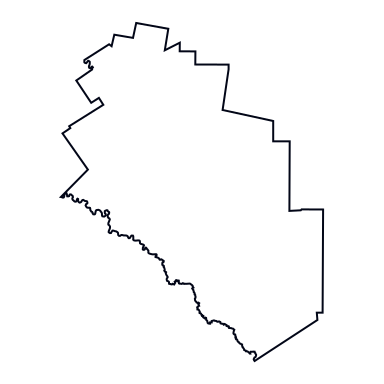 Salavina, Santiago del Estero, Argentina
{"feature_id": "61730980B95866867056524", "entity_name": "Salavina", "entity_type": "district", "adm_level": 2, "iso_a3": "ARG", "parent_name": "Argentina", "parent_adm1": "Santiago del Estero", "projection": "albers", "projection_center": [-63.402, -28.927], "detail": "fine", "context": "isolated", "style": "outline", "palette": "ink", "viewbox_px": 384, "rotation_deg": 0, "n_neighbors": 0, "source": "geoboundaries", "source_scale": "gbopen_adm2", "svg_char_len": 5968}
<svg xmlns="http://www.w3.org/2000/svg" viewBox="0 0 384 384"><path d="M84.4,60.0L84.3,61.1L84.4,62.4L85.2,63.0L86.2,63.2L87.0,62.3L87.5,61.4L88.2,60.8L89.0,61.1L89.7,61.7L89.8,63.0L89.6,64.7L89.1,65.6L88.9,66.9L89.2,67.8L90.1,68.2L90.9,68.0L91.5,66.8L92.3,66.6L92.9,67.4L92.0,68.5L92.1,69.5L76.3,80.5L91.2,102.8L98.9,97.9L103.3,104.8L69.2,126.2L70.3,128.1L62.5,133.4L87.9,169.6L60.9,197.0L61.9,197.2L62.4,197.5L63.6,197.5L64.0,197.0L64.2,196.5L64.3,195.4L64.9,193.6L65.4,193.0L66.0,193.0L66.6,193.3L66.7,194.0L67.0,194.9L67.2,196.3L68.1,196.4L68.6,196.3L69.1,196.1L69.2,195.5L69.6,194.7L70.0,194.4L70.9,194.4L71.3,194.7L71.7,195.3L72.4,195.6L72.8,196.2L72.9,197.4L72.4,198.1L72.3,198.9L72.8,199.9L73.5,200.4L74.2,201.2L75.1,201.7L76.0,201.6L76.5,201.1L76.8,200.2L77.0,199.2L77.5,198.7L78.1,199.0L78.1,200.8L78.5,201.8L78.8,202.1L79.5,202.6L80.4,202.4L81.2,201.9L82.1,200.4L82.6,200.0L83.4,199.9L84.3,200.6L85.0,201.0L86.8,201.2L87.3,202.0L87.4,202.5L87.4,203.2L87.1,203.6L86.4,203.9L86.0,204.3L85.6,205.5L86.2,206.6L86.8,207.4L88.1,207.8L89.3,207.7L90.0,207.9L90.3,209.0L90.3,210.0L91.3,211.6L92.1,211.9L92.6,212.6L92.6,213.4L93.3,214.3L94.3,214.4L94.9,214.2L95.3,213.5L95.4,212.5L95.6,211.8L95.7,211.1L96.4,210.1L98.3,209.8L99.0,210.0L99.8,210.4L100.5,211.0L100.7,211.5L101.6,212.5L101.9,213.3L102.0,215.3L102.4,216.3L104.1,216.6L104.8,216.2L105.3,215.8L105.7,215.2L105.7,214.5L105.6,213.9L105.0,213.4L104.8,212.6L104.8,211.1L105.2,210.8L106.7,210.2L107.4,210.3L107.6,210.9L108.4,211.7L109.1,212.1L109.2,212.8L108.9,213.9L108.2,214.4L107.7,215.2L107.7,216.1L107.9,217.1L108.5,218.0L109.2,218.3L109.6,218.8L109.8,219.5L108.4,223.0L108.3,224.3L108.5,224.8L109.2,225.2L109.6,225.8L110.0,226.5L110.0,227.9L109.6,229.2L109.2,230.0L108.7,231.3L108.7,232.2L109.3,232.7L110.0,233.1L111.0,233.0L111.5,232.0L112.5,230.6L113.3,230.6L115.1,231.2L116.0,231.3L117.5,232.2L118.0,232.9L118.2,235.0L119.1,235.9L120.0,235.9L121.3,235.0L122.7,235.1L123.4,235.4L126.2,235.5L126.9,235.7L127.7,236.3L128.2,237.5L128.6,238.1L129.6,238.1L130.0,237.8L130.8,236.4L131.5,235.6L132.9,235.6L133.2,236.1L133.3,236.8L133.3,238.7L133.2,239.5L133.6,240.2L134.5,240.5L135.2,240.6L135.9,240.6L138.1,240.4L139.3,240.5L139.7,240.8L139.9,241.5L140.0,243.2L140.6,243.8L143.0,244.5L143.7,244.9L144.0,245.3L143.7,246.0L143.4,246.4L143.2,247.1L142.9,247.7L142.8,249.4L143.2,249.8L144.0,249.8L144.5,249.6L144.9,249.1L145.1,248.4L145.4,247.7L145.9,247.6L146.4,248.0L146.7,248.8L147.3,249.2L148.4,250.7L148.3,252.3L148.6,253.1L149.5,253.6L150.9,254.0L152.2,254.3L154.2,254.3L155.5,254.2L156.4,254.3L156.6,254.6L156.6,255.2L155.6,256.2L155.5,257.0L156.3,257.3L157.4,257.4L159.0,258.4L159.2,258.9L159.7,259.7L160.6,259.7L160.8,259.4L161.2,259.3L161.7,259.5L162.4,260.0L163.7,260.9L163.7,261.5L163.6,261.9L163.4,262.2L162.6,262.3L162.3,263.0L162.3,264.8L163.5,265.6L163.9,266.0L163.9,266.6L163.6,266.9L164.3,267.9L164.5,268.7L164.7,269.4L164.6,270.6L164.4,270.7L164.7,271.4L165.3,271.7L165.8,271.9L166.1,272.2L165.7,272.9L166.1,274.3L166.5,275.1L167.6,276.7L167.6,277.5L166.9,278.3L166.7,279.1L166.7,279.6L167.0,280.8L168.3,281.3L168.8,281.7L169.0,282.2L169.0,283.1L169.1,283.8L170.0,284.0L170.7,284.0L171.0,284.3L171.6,284.4L172.0,284.4L172.7,283.8L173.6,284.3L174.2,284.5L174.5,284.0L174.6,283.5L175.2,282.9L175.1,282.4L174.8,281.8L175.4,281.6L175.5,280.8L176.1,280.1L176.6,280.1L176.8,280.6L177.1,281.0L177.7,280.9L178.2,280.5L178.7,280.5L178.9,281.0L178.6,282.5L179.0,282.9L179.0,283.4L179.6,283.7L180.6,283.7L181.7,283.9L182.1,283.7L182.7,283.2L183.5,283.4L183.5,283.7L184.1,283.9L185.2,283.8L187.0,283.8L187.8,283.7L189.9,283.6L190.6,284.0L191.0,284.4L191.9,285.0L192.6,285.7L192.6,286.3L193.4,287.6L192.8,287.9L192.2,288.4L192.7,289.3L193.4,290.0L193.4,290.7L193.8,291.4L193.8,292.3L194.5,292.9L194.7,293.4L194.6,294.5L195.2,294.9L195.3,295.9L195.6,296.9L195.4,298.0L194.9,298.5L195.0,300.1L195.6,301.3L196.4,301.9L196.6,302.5L197.6,302.9L197.9,303.4L198.5,303.1L198.7,302.8L199.2,303.2L198.8,303.9L198.7,304.8L199.1,305.8L198.5,306.0L198.0,306.5L197.8,307.0L197.2,307.3L197.6,308.1L197.3,308.9L197.4,309.5L198.4,309.6L198.9,310.0L199.3,310.9L199.7,311.4L199.8,311.8L199.5,312.4L199.6,313.1L200.5,313.3L201.0,313.6L201.4,314.6L201.9,314.8L201.7,315.4L202.0,316.0L203.4,315.9L203.5,316.3L203.3,316.7L203.2,317.3L204.0,317.8L204.7,318.4L205.3,318.1L205.6,317.7L206.1,317.9L206.2,318.3L206.0,319.0L206.2,319.9L206.8,320.3L207.3,321.0L207.3,321.5L207.5,322.2L207.7,322.5L207.7,322.9L208.2,323.4L208.9,323.4L209.2,323.7L210.1,323.7L210.1,322.4L210.5,322.4L211.7,322.4L211.7,321.0L212.0,320.9L212.4,320.9L213.3,320.5L214.1,320.4L215.0,320.9L215.9,320.9L216.6,321.1L217.0,321.6L217.9,321.8L219.0,321.4L220.3,322.0L220.4,322.5L220.4,323.0L220.6,323.4L221.7,323.7L223.0,323.8L223.7,324.7L224.1,324.5L224.5,324.0L225.3,324.3L225.8,324.7L226.6,325.1L226.6,326.0L227.4,326.2L228.6,326.2L228.9,326.6L228.9,326.8L228.7,327.1L228.7,327.5L229.0,328.0L231.1,328.1L232.3,328.6L233.1,328.7L234.3,329.8L233.9,330.5L233.7,331.7L233.5,332.4L233.5,333.6L234.1,334.3L235.2,334.5L235.3,334.9L235.3,335.9L235.7,336.3L235.9,337.0L235.5,337.3L236.0,337.9L235.7,338.6L236.1,339.3L236.9,339.4L237.4,340.2L237.5,341.0L238.2,341.9L238.8,342.1L239.0,342.6L239.8,343.5L240.7,343.7L241.3,344.3L242.1,344.5L242.1,345.4L242.4,346.9L242.9,347.2L242.9,347.6L243.4,348.1L243.7,348.5L244.1,349.3L244.2,350.0L244.7,350.1L245.3,350.6L245.5,350.8L245.9,350.8L246.0,351.3L247.5,351.4L248.9,352.5L249.8,353.6L250.3,353.6L250.0,352.5L250.8,351.7L251.5,351.8L253.6,351.6L254.6,351.7L254.6,352.5L255.3,353.0L255.5,353.8L256.1,354.6L256.1,355.4L255.8,356.4L255.4,357.1L254.5,357.5L253.7,359.2L254.1,360.3L254.6,361.0L317.4,320.0L316.8,312.7L322.6,312.7L323.1,209.5L301.6,209.4L300.8,210.3L289.4,210.9L289.7,141.3L273.2,141.3L273.2,121.0L222.6,110.0L228.6,69.3L228.6,64.6L195.3,64.5L195.4,51.4L179.7,51.3L179.8,42.7L164.8,50.3L168.3,28.8L136.2,23.0L133.0,37.9L114.3,34.7L111.6,46.2L109.1,44.3L84.4,60.0Z" fill="none" stroke="#020617" stroke-width="2"/></svg>